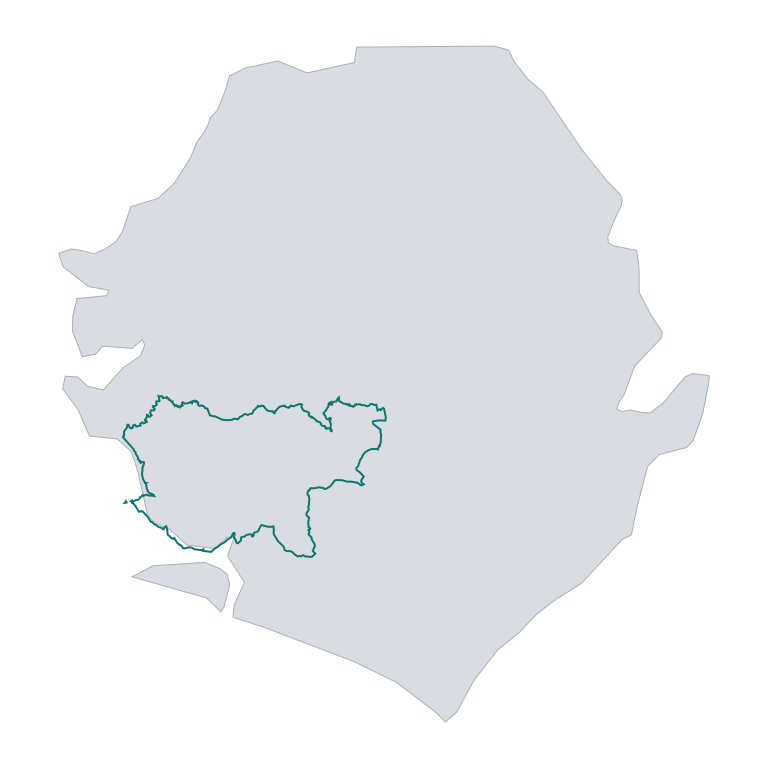 location of Moyamba, Southern, Sierra Leone
{"feature_id": "65957751B35726846399821", "entity_name": "Moyamba", "entity_type": "district", "adm_level": 2, "iso_a3": "SLE", "parent_name": "Sierra Leone", "parent_adm1": "Southern", "projection": "orthographic", "projection_center": [-12.482, 8.03], "detail": "fine", "context": "in_parent", "style": "outline", "palette": "teal", "viewbox_px": 768, "rotation_deg": 0, "n_neighbors": 0, "source": "geoboundaries", "source_scale": "gbopen_adm2", "svg_char_len": 7648}
<svg xmlns="http://www.w3.org/2000/svg" viewBox="0 0 768 768"><path d="M709.3,375.7L708.8,382.5L702.7,413.8L693.1,440.7L686.7,447.4L659.2,454.6L647.6,466.5L637.6,504.8L631.3,534.8L621.8,539.8L581.5,583.3L555.1,599.9L536.7,614.1L519.2,632.5L497.2,650.5L473.7,680.7L456.8,712.1L445.4,721.9L436.7,713.1L396.2,682.2L353.7,661.5L263.2,627.0L233.0,617.3L234.1,605.0L244.5,582.5L227.6,556.1L234.2,537.0L227.6,537.0L214.7,548.5L187.1,545.2L168.8,528.7L153.9,522.7L147.4,514.4L137.8,470.9L131.0,451.2L117.2,439.0L89.4,436.0L78.0,409.5L62.7,388.9L65.2,376.2L77.8,377.0L87.6,386.2L103.3,390.0L123.0,367.8L140.6,355.8L144.7,345.3L142.5,339.5L131.9,348.4L102.7,346.1L95.5,354.2L82.4,356.7L72.4,330.7L72.9,315.4L77.1,298.5L106.5,295.7L109.0,290.2L88.6,286.6L63.2,266.9L58.7,253.4L71.3,248.9L83.4,250.9L93.9,253.8L105.2,249.0L115.9,241.6L122.2,232.1L130.9,206.7L158.4,198.2L174.7,182.6L190.1,158.5L197.2,141.5L203.6,133.0L207.6,125.7L210.5,117.6L217.4,110.2L224.7,92.2L229.6,75.8L245.4,68.0L277.8,61.0L307.0,72.9L354.3,62.5L356.8,47.1L400.1,46.8L451.3,46.4L494.0,46.1L508.7,50.1L514.1,61.6L528.2,79.5L542.9,91.9L561.2,119.1L582.6,150.7L605.6,179.3L620.4,194.8L622.1,200.2L621.0,206.4L613.9,221.0L607.8,236.8L608.4,242.7L612.8,245.7L636.7,250.5L639.0,268.0L639.2,292.4L650.9,315.0L662.1,331.6L661.6,337.6L634.6,366.2L624.2,394.6L618.9,402.5L616.7,408.9L622.2,411.8L629.6,409.9L640.1,412.2L650.1,413.0L663.3,402.8L685.3,376.7L692.7,373.5L709.3,375.7ZM224.2,606.3L221.1,612.0L206.6,598.0L132.0,576.8L153.1,565.7L204.9,562.4L220.3,568.9L227.2,574.4L229.7,584.7L224.2,606.3Z" fill="#d9dde1" stroke="#a8b0b8" stroke-width="1"/><path d="M136.2,426.4L134.9,424.8L133.2,425.4L132.5,427.9L131.6,428.5L129.7,427.6L128.6,424.8L127.6,424.7L127.2,425.2L126.8,427.9L124.7,430.5L123.9,432.0L124.2,434.9L124.1,435.3L123.8,435.0L123.0,437.3L133.5,449.1L134.4,451.1L135.6,452.4L135.6,453.5L137.4,456.4L138.1,457.9L138.0,459.2L139.1,460.1L139.3,460.7L139.7,460.5L140.4,460.9L140.4,461.9L140.1,462.1L140.4,462.6L140.6,462.9L141.2,462.4L143.5,462.0L144.0,462.3L143.6,465.0L142.4,467.9L142.5,470.0L141.9,474.1L143.1,479.4L144.5,481.5L144.8,482.9L146.3,483.0L145.9,483.3L146.7,488.1L148.1,491.8L149.3,493.0L152.7,494.3L153.9,495.2L154.3,496.1L151.9,495.6L149.3,495.6L146.4,494.7L143.4,495.8L143.4,495.2L142.6,495.2L140.6,497.3L139.8,497.4L139.8,498.1L138.7,499.3L136.9,500.2L136.0,500.1L134.5,500.7L133.6,501.3L131.9,501.0L131.9,500.7L131.1,501.3L131.4,501.4L132.1,503.0L132.5,502.9L133.3,503.4L135.6,506.2L138.8,511.7L139.7,511.3L141.5,511.5L141.8,511.1L143.4,512.1L148.0,517.3L150.9,521.8L152.1,522.1L154.7,524.5L155.9,524.8L158.1,526.7L162.6,528.4L162.7,528.9L163.5,529.2L164.8,527.1L166.2,526.2L167.3,529.8L167.3,533.1L168.4,535.6L169.7,536.0L170.6,537.5L172.6,538.7L173.6,538.8L173.6,538.4L174.5,538.1L174.7,539.4L175.7,540.0L175.9,540.8L177.4,543.1L179.6,544.8L181.7,545.8L183.1,548.2L184.2,548.5L187.9,547.5L190.5,547.3L192.6,548.1L194.0,549.2L201.9,550.2L203.3,549.4L203.1,550.9L211.2,551.9L214.7,548.6L217.8,546.8L220.9,544.2L224.4,542.4L227.5,539.5L230.4,538.0L231.8,536.3L232.8,533.8L233.6,533.0L234.3,533.0L234.6,534.8L233.9,537.6L235.5,539.5L236.4,542.7L238.0,543.3L240.5,540.9L241.1,539.7L241.0,537.8L241.4,537.2L244.4,536.5L246.6,534.9L249.7,534.2L251.7,534.8L252.1,536.4L253.3,536.0L253.7,535.3L253.3,534.5L254.0,532.9L257.9,531.4L260.6,526.2L261.4,525.1L262.0,525.1L267.0,526.6L271.2,526.9L272.3,526.5L273.6,526.5L273.7,529.5L274.1,530.0L273.6,531.6L273.7,533.7L274.4,535.3L278.1,541.3L283.3,546.3L284.1,547.7L284.5,549.8L285.1,550.4L287.0,551.0L290.6,551.2L291.9,551.8L295.5,555.0L297.9,556.5L299.6,555.9L301.2,556.3L302.5,555.3L303.5,555.3L305.3,556.6L307.2,556.4L308.9,556.9L311.1,556.9L312.3,556.5L315.3,553.6L312.8,551.1L314.0,547.7L314.9,546.5L314.6,544.3L311.7,539.2L311.5,537.4L308.6,534.4L309.4,531.7L308.5,530.2L308.5,529.7L310.1,529.1L310.2,528.7L309.4,527.3L308.5,526.9L308.6,524.6L308.1,523.3L309.0,518.2L308.8,517.3L306.9,515.7L306.4,514.6L306.8,512.7L308.8,510.0L308.3,506.6L309.2,504.0L308.8,502.8L309.4,499.8L308.9,496.3L308.6,495.5L307.6,494.7L307.5,492.6L308.5,490.4L309.4,490.4L310.2,488.6L310.9,488.1L312.8,488.5L313.2,488.2L315.8,488.1L318.5,487.3L323.7,488.0L324.2,489.0L326.2,488.8L330.2,486.3L333.3,482.6L334.3,480.9L336.2,480.0L342.0,480.2L347.1,481.6L350.9,481.6L357.3,482.7L361.2,485.4L363.7,484.3L362.0,483.0L361.3,482.0L361.2,481.1L361.6,479.6L363.8,476.6L360.1,472.5L356.9,470.2L356.2,468.9L356.3,468.2L358.2,465.9L360.2,459.9L362.0,457.3L362.9,455.0L365.3,452.1L369.0,450.0L371.5,449.1L376.2,448.9L377.9,449.5L378.4,447.5L379.2,446.7L379.2,446.2L379.7,446.0L379.2,445.5L380.2,444.3L380.8,441.7L381.1,434.1L380.3,432.3L380.5,429.6L373.3,424.1L372.8,421.7L373.2,421.2L379.2,420.4L385.4,420.6L385.8,417.1L384.0,408.7L383.3,408.0L380.8,409.2L380.7,410.1L379.1,409.5L377.6,410.5L376.3,404.7L374.4,405.0L372.2,404.0L370.9,404.1L370.2,404.3L368.9,405.7L367.2,406.3L364.0,405.1L361.7,405.2L360.0,404.2L357.6,404.5L356.5,404.1L355.1,405.4L354.8,405.1L354.4,406.1L353.2,406.2L353.0,406.7L351.8,406.0L350.7,406.1L350.0,405.0L349.3,405.4L349.1,404.6L348.7,405.0L348.2,404.6L347.7,404.8L347.5,404.2L346.8,404.6L345.9,403.8L345.1,404.0L343.2,403.4L339.5,401.2L338.9,400.7L338.9,397.4L338.0,398.1L336.3,401.4L332.8,402.0L332.0,404.7L330.7,404.7L330.3,404.1L330.6,402.2L328.8,403.3L328.2,407.0L327.0,408.3L326.4,409.8L323.5,413.2L323.9,414.5L325.0,415.4L326.4,418.8L327.3,419.3L328.3,419.2L328.9,418.9L329.2,418.3L330.5,418.0L330.7,419.8L329.5,420.3L329.5,420.8L331.0,424.2L330.4,427.6L331.8,430.4L331.7,431.1L331.2,431.3L330.7,430.9L330.7,430.1L329.7,428.4L328.5,428.2L327.0,428.7L325.8,428.6L325.5,428.2L326.2,427.8L326.1,427.4L324.4,425.9L323.2,426.1L321.8,425.5L320.7,424.1L321.0,423.5L320.3,422.5L316.6,421.1L316.6,420.6L313.4,418.0L311.8,417.6L312.0,417.1L311.4,417.1L311.3,416.7L309.6,416.3L308.7,414.7L309.0,414.3L309.1,413.0L307.5,411.8L303.9,410.8L302.3,408.9L301.4,406.7L302.1,404.9L300.9,404.0L297.9,404.5L293.6,406.3L291.4,405.9L290.7,406.3L290.6,405.9L289.7,406.9L289.1,407.0L289.0,407.6L288.3,407.7L285.1,406.6L284.7,405.6L279.6,406.7L276.3,410.0L275.8,411.1L274.9,411.5L274.9,413.0L274.5,413.2L274.2,412.6L273.3,412.6L273.0,411.3L269.5,411.1L267.5,410.5L265.3,408.4L263.5,406.0L262.6,406.0L261.9,405.5L260.1,406.5L257.9,405.8L257.5,407.1L256.0,408.2L255.0,409.5L253.5,410.4L253.2,411.8L252.1,413.7L250.6,413.7L247.7,415.0L245.9,414.3L244.6,414.1L243.8,414.4L242.7,415.7L240.0,416.9L237.8,419.3L234.8,418.7L233.9,418.8L231.9,419.9L226.5,420.2L222.0,419.6L214.9,416.3L213.2,416.3L209.9,415.3L207.3,408.5L205.2,408.3L204.2,406.7L203.2,406.0L201.2,405.4L199.9,406.0L199.4,405.5L198.6,405.5L197.9,404.2L198.2,402.6L197.4,402.4L196.7,401.1L196.2,401.1L195.6,401.7L195.3,400.7L193.2,400.9L193.2,401.7L192.4,402.1L192.0,403.3L191.5,403.0L191.2,401.8L188.0,403.2L186.7,403.4L184.7,403.5L182.6,402.3L182.2,402.6L182.6,403.3L182.4,403.9L181.7,404.5L182.6,405.6L180.7,406.5L180.2,407.2L179.8,406.4L178.8,406.8L177.9,406.0L177.3,406.6L176.3,405.3L175.1,406.0L175.0,405.0L173.5,404.6L173.1,403.1L172.5,402.3L172.5,401.4L171.3,401.7L170.5,400.2L169.2,400.0L168.6,398.3L167.1,398.4L167.0,397.3L162.9,398.1L162.4,396.5L161.6,396.0L159.8,396.6L158.6,396.1L159.2,398.0L159.0,399.2L159.6,400.4L159.3,401.2L156.3,401.5L156.1,402.9L156.9,404.5L155.0,406.1L153.2,406.0L152.8,406.7L154.6,408.9L154.4,409.9L153.6,410.4L151.2,410.2L150.0,412.9L151.6,415.3L150.0,416.7L149.1,416.9L148.1,415.3L147.0,414.9L146.6,417.9L144.9,419.7L145.0,420.4L146.3,420.8L146.9,421.8L143.8,423.4L142.4,422.4L140.3,423.6L140.6,425.5L137.1,426.4L136.2,426.4ZM125.8,502.2L125.7,501.5L124.7,502.9L126.5,502.7L126.6,502.3L125.8,502.2Z" fill="none" stroke="#0f766e" stroke-width="2"/></svg>